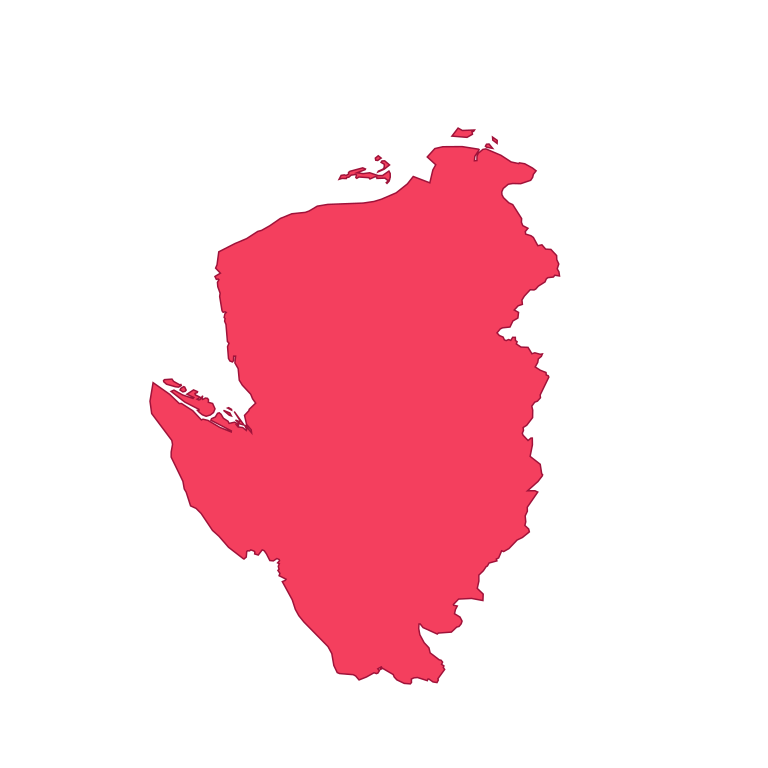 Shariatpur, Dhaka, Bangladesh (Mercator projection), rotated 214°
{"feature_id": "16705992B92388810566131", "entity_name": "Shariatpur", "entity_type": "district", "adm_level": 2, "iso_a3": "BGD", "parent_name": "Bangladesh", "parent_adm1": "Dhaka", "projection": "mercator", "projection_center": [90.365, 23.228], "detail": "fine", "context": "isolated", "style": "filled", "palette": "rose", "viewbox_px": 768, "rotation_deg": 214, "n_neighbors": 0, "source": "geoboundaries", "source_scale": "gbopen_adm2", "svg_char_len": 6183}
<svg xmlns="http://www.w3.org/2000/svg" viewBox="0 0 768 768"><g transform="rotate(214 384 384)"><path d="M475.8,572.4L476.5,563.0L480.8,549.3L489.5,535.7L494.4,529.7L502.5,522.3L531.1,501.4L538.8,494.1L542.8,485.6L545.2,482.3L555.6,473.6L562.5,463.3L567.2,451.3L571.4,442.9L574.0,439.9L579.2,427.7L586.1,417.1L594.9,401.2L589.1,389.5L588.4,385.9L581.6,384.4L584.3,378.6L581.5,377.0L580.2,378.3L579.2,378.1L578.9,375.1L576.2,371.7L570.6,367.6L569.2,364.7L559.2,354.1L557.5,353.5L556.1,355.0L554.8,355.1L555.1,353.1L553.7,349.7L552.4,349.5L551.3,347.0L548.3,345.0L537.6,331.7L535.3,331.1L534.6,327.5L527.2,318.2L524.6,316.9L522.0,317.5L521.8,319.1L524.2,323.0L522.6,324.1L519.4,318.1L513.5,315.2L506.1,306.2L500.8,303.8L488.8,301.0L484.6,298.2L479.7,296.4L481.6,287.6L481.1,286.3L482.1,280.0L475.3,273.6L468.5,271.8L466.5,269.5L475.4,272.1L475.5,271.3L472.6,269.8L472.2,268.5L476.8,268.9L480.9,266.8L483.2,267.5L481.4,268.2L482.1,269.1L486.5,268.8L490.4,264.7L492.4,265.9L498.0,265.8L502.2,267.8L504.5,268.0L505.6,266.6L505.4,262.3L507.6,258.8L507.3,257.2L484.3,259.8L483.8,258.8L495.9,256.2L509.5,255.4L514.4,253.6L515.3,252.1L527.6,254.9L541.0,254.6L542.8,253.3L556.0,255.6L576.2,256.0L568.4,238.9L560.1,229.6L528.4,218.6L525.5,215.6L522.4,208.6L519.6,204.4L496.3,190.9L490.9,185.3L487.5,183.7L476.2,174.8L470.2,175.8L463.2,174.4L444.3,166.7L435.7,165.5L421.6,161.7L403.3,160.5L402.2,160.6L401.4,163.5L404.1,168.3L403.9,169.4L402.1,170.5L401.7,172.0L398.4,172.8L397.1,172.5L396.2,170.8L392.6,171.9L392.2,178.4L390.1,178.8L386.4,177.4L379.9,173.8L376.8,175.5L375.2,179.4L372.7,179.9L371.8,179.1L372.2,176.2L370.3,176.5L369.7,173.7L367.5,171.8L367.7,170.1L364.4,168.8L363.8,166.4L356.0,167.4L356.1,165.9L357.8,163.3L339.4,153.8L331.5,147.6L325.1,144.3L317.3,141.9L283.6,135.0L276.5,131.3L268.2,122.6L261.4,118.6L258.9,119.1L247.0,125.8L244.2,126.1L239.2,124.7L234.7,131.3L230.8,139.0L228.3,139.7L227.4,141.0L227.5,143.7L229.9,144.4L228.1,148.0L227.5,147.8L227.5,145.2L226.0,147.5L213.9,148.3L211.7,146.8L207.9,145.9L199.8,147.1L194.5,150.1L194.3,151.9L196.3,154.7L194.9,157.1L192.1,159.4L182.2,162.3L182.6,163.9L181.9,164.5L176.8,164.4L173.1,166.1L173.4,168.9L174.5,169.8L174.1,181.3L176.3,182.1L176.7,183.8L179.5,183.8L179.9,186.2L182.2,186.9L184.0,186.2L195.4,186.9L199.2,190.4L206.1,192.0L214.1,196.2L218.5,200.7L220.8,204.6L219.8,205.3L215.4,203.9L200.0,206.5L199.7,207.9L189.4,216.0L187.8,223.1L186.2,225.0L185.9,228.4L186.7,231.1L190.7,233.3L197.1,233.0L198.7,237.1L199.1,240.9L202.5,239.5L203.2,240.0L201.9,247.4L191.5,255.2L180.9,259.8L184.3,265.3L192.4,266.7L195.1,273.6L198.5,278.6L197.2,284.7L197.2,289.8L196.5,290.9L196.8,294.3L191.5,300.5L193.0,301.7L191.7,303.9L193.2,311.5L191.1,312.0L188.4,317.4L186.4,329.1L183.4,334.2L180.8,342.7L183.0,344.7L188.1,345.5L189.4,349.0L193.2,353.6L194.0,358.7L196.3,361.9L196.1,380.4L199.2,379.9L205.3,375.7L201.8,389.4L201.4,396.5L201.9,397.6L203.0,397.7L209.6,404.8L222.4,405.7L226.9,416.5L230.8,422.1L231.9,421.4L233.0,417.7L240.1,419.3L241.8,420.5L242.4,423.5L244.3,425.7L242.6,429.6L242.0,439.2L246.1,445.5L249.1,448.3L248.9,453.2L247.2,455.6L246.6,460.1L248.4,462.2L251.2,481.9L252.5,482.7L254.5,482.2L256.1,484.1L262.2,482.8L268.2,482.7L268.6,487.8L270.1,491.1L269.0,494.9L269.5,497.5L271.1,496.0L276.4,494.2L278.3,491.8L285.1,494.9L291.1,491.2L296.7,491.2L297.3,493.5L299.4,493.6L301.2,496.1L303.4,494.7L303.3,491.0L305.5,490.6L307.0,488.3L308.9,487.9L311.5,489.5L315.5,488.7L318.9,489.6L318.4,494.7L317.1,496.9L311.4,501.7L312.4,508.3L309.9,513.6L312.5,518.6L317.4,518.2L316.5,523.9L313.8,527.4L316.6,530.8L316.8,535.3L315.5,543.9L312.2,545.9L311.3,547.5L310.8,551.4L307.6,558.7L308.2,561.8L307.7,563.7L303.4,567.4L303.2,569.7L298.9,571.7L301.7,574.8L304.8,576.3L306.2,581.2L310.3,583.7L312.7,587.0L320.9,588.9L325.4,586.2L330.9,587.7L333.8,584.7L342.1,589.0L345.1,589.1L350.4,587.5L352.1,589.4L351.7,593.6L357.5,592.9L360.5,594.9L362.4,598.1L377.6,604.7L381.8,604.0L389.2,605.3L392.1,606.9L393.8,609.1L394.5,612.8L392.7,619.1L389.4,622.2L382.7,626.5L376.3,634.9L376.3,638.4L377.4,641.3L377.1,645.8L381.6,646.1L390.5,645.3L395.5,643.0L395.5,642.1L402.7,639.2L414.9,639.0L431.0,635.9L433.2,633.8L434.9,628.0L434.3,624.9L431.9,621.2L433.9,619.6L436.0,623.5L436.1,631.4L436.8,631.6L452.0,624.5L467.9,613.6L473.5,607.6L475.1,596.4L463.7,594.7L463.2,588.8L458.5,576.4L475.8,572.4ZM523.3,259.5L522.7,258.7L523.8,257.8L521.2,257.2L517.3,256.9L513.4,257.8L510.7,261.1L509.4,265.0L510.2,268.9L515.2,272.0L519.4,270.6L520.7,272.8L522.3,273.4L524.2,272.5L525.7,269.8L526.6,270.0L527.7,272.9L527.8,268.2L528.6,267.2L530.5,266.9L528.9,270.2L534.3,269.5L535.4,270.5L534.0,272.5L534.3,273.4L538.6,272.6L541.7,265.3L534.1,266.5L534.2,265.2L544.9,262.3L554.7,261.5L556.4,258.8L539.1,257.6L523.3,259.5ZM533.8,535.2L536.2,533.0L535.7,528.6L533.8,530.9L530.1,533.3L530.4,534.3L528.8,535.8L528.0,538.8L524.5,542.0L523.7,541.9L522.8,539.4L521.6,539.3L520.5,541.6L511.9,546.6L510.3,546.1L507.3,550.9L505.7,551.5L504.8,550.5L498.3,555.2L495.3,554.9L493.8,555.6L494.7,552.2L493.7,552.0L493.2,555.0L494.5,559.0L496.6,562.0L499.0,563.3L501.8,556.0L505.5,553.5L514.0,551.1L519.0,546.7L524.5,544.0L519.5,551.2L519.6,551.9L522.5,551.3L531.1,541.4L531.7,539.6L530.7,538.2L532.1,535.7L533.8,535.2ZM466.3,627.5L453.1,634.9L450.3,640.5L452.2,642.4L451.0,643.5L451.0,645.2L460.8,638.0L465.7,637.6L466.3,627.5ZM552.9,269.1L559.9,268.5L562.5,269.5L568.4,264.9L568.7,263.6L567.9,262.7L564.2,262.2L555.3,265.1L552.6,266.5L551.2,269.4L552.1,270.0L552.9,269.1ZM508.2,569.4L510.4,567.8L510.4,566.1L506.6,566.3L504.9,563.6L505.0,561.5L507.7,557.3L507.6,556.4L503.9,562.3L501.9,568.7L508.2,569.4ZM487.0,271.1L481.2,270.3L477.0,271.7L492.8,277.4L482.6,273.1L482.7,272.0L487.0,271.1ZM431.1,641.7L433.1,640.1L432.9,637.8L431.3,637.7L425.7,640.1L431.1,641.7ZM548.6,269.8L550.0,266.9L549.8,265.0L546.3,265.0L544.8,266.7L544.6,268.3L547.5,270.0L548.6,269.8ZM516.4,570.0L517.5,566.4L516.0,564.9L514.2,565.8L512.7,569.7L516.4,570.0ZM432.1,649.4L430.2,647.0L424.8,646.7L426.4,649.3L432.1,649.4ZM494.8,271.6L492.7,272.2L495.6,273.8L502.3,272.4L494.8,271.6ZM499.6,277.5L500.2,276.6L495.7,277.1L496.2,277.7L499.6,277.5Z" fill="#f43f5e" stroke="#9f1239" stroke-width="1.5"/></g></svg>